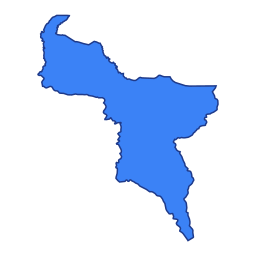 the district of Mercedes, Ocotepeque, Honduras
{"feature_id": "27666195B36872574747509", "entity_name": "Mercedes", "entity_type": "district", "adm_level": 2, "iso_a3": "HND", "parent_name": "Honduras", "parent_adm1": "Ocotepeque", "projection": "mercator", "projection_center": [-89.033, 14.309], "detail": "fine", "context": "isolated", "style": "filled", "palette": "blue", "viewbox_px": 256, "rotation_deg": 0, "n_neighbors": 0, "source": "geoboundaries", "source_scale": "gbopen_adm2", "svg_char_len": 5721}
<svg xmlns="http://www.w3.org/2000/svg" viewBox="0 0 256 256"><path d="M216.1,85.9L189.7,86.1L185.4,85.7L175.3,82.5L173.0,81.0L171.2,79.0L170.0,76.8L164.4,76.8L162.8,76.4L160.0,75.3L158.8,75.4L156.4,77.5L154.2,78.4L142.0,77.9L140.2,77.4L139.2,77.8L138.1,78.6L137.7,79.1L135.7,80.4L133.9,80.5L131.1,79.8L129.3,79.0L128.7,79.0L127.8,79.3L127.1,79.2L126.3,78.1L125.1,77.9L123.3,75.9L123.4,73.5L121.2,73.8L120.5,72.9L119.6,72.3L119.2,72.4L118.8,72.8L118.5,72.7L117.5,69.8L116.7,69.0L116.8,68.2L116.5,68.0L116.0,68.1L115.8,67.9L116.0,67.5L116.6,67.6L117.0,67.4L117.1,66.6L116.8,66.3L116.2,66.4L115.9,65.6L115.0,65.1L114.9,64.7L115.2,64.0L115.1,63.7L114.1,63.3L113.5,62.3L113.1,62.4L112.8,62.9L112.3,63.0L111.4,62.8L110.4,62.3L109.2,61.2L108.7,60.2L108.8,59.6L109.6,59.5L109.7,59.0L108.6,58.4L108.2,57.5L107.9,57.2L107.4,57.3L107.1,58.0L106.6,58.1L106.3,57.7L105.8,56.4L104.2,55.3L102.9,51.9L103.1,50.6L102.3,49.6L102.6,48.3L101.9,47.6L102.3,46.8L101.5,45.9L100.1,43.2L99.0,43.2L96.6,42.0L94.2,41.4L88.9,44.7L88.3,44.7L83.5,43.6L78.7,42.1L76.7,41.7L75.1,41.7L65.0,35.3L63.8,35.3L62.5,34.9L61.4,35.2L58.2,34.8L57.4,34.6L56.6,33.9L55.9,33.7L55.7,33.3L55.8,33.0L56.8,32.1L56.8,31.6L56.6,30.7L57.2,30.0L57.4,29.3L57.4,28.8L57.0,28.1L57.0,27.7L57.2,27.4L57.9,27.2L58.2,26.9L58.1,26.4L57.5,26.0L57.6,25.6L60.5,24.1L60.6,23.8L60.4,23.4L60.6,23.1L62.5,22.7L63.0,21.8L64.5,21.1L65.1,20.5L66.0,20.2L67.5,18.6L67.8,17.4L68.4,17.0L68.6,16.4L69.1,16.2L69.3,15.6L66.9,15.4L56.7,15.4L54.9,16.5L52.7,17.3L51.4,18.6L50.4,20.1L49.4,20.9L49.1,22.0L48.6,22.3L48.2,23.3L47.0,23.7L45.6,25.5L43.7,29.9L44.2,31.2L44.0,31.9L43.4,32.4L43.0,32.5L42.6,32.3L42.3,31.6L41.8,31.6L41.5,32.0L41.4,33.1L40.6,34.0L41.0,35.0L40.7,36.4L40.8,37.5L41.1,37.9L42.2,38.3L42.7,39.2L42.6,39.7L42.0,40.3L42.0,40.8L42.5,41.2L43.6,41.1L44.1,41.7L44.0,42.4L43.3,43.5L43.8,46.6L43.3,47.4L43.6,47.8L44.5,47.7L44.7,48.2L44.5,48.6L43.6,48.7L43.4,49.1L43.4,50.2L44.0,51.7L44.2,52.7L43.8,55.8L44.1,57.3L43.7,58.1L43.8,58.5L44.7,59.0L44.9,60.6L45.7,61.4L45.9,61.9L45.7,62.9L45.0,64.1L45.0,64.5L45.4,65.0L45.4,65.4L45.0,65.8L43.9,66.0L43.0,66.8L42.9,67.3L43.1,68.1L43.0,68.9L42.1,70.5L41.8,71.5L41.4,71.8L40.6,71.7L39.7,72.1L39.5,72.4L39.3,73.1L38.5,73.6L38.0,74.3L38.1,74.8L39.1,75.4L41.1,75.4L44.0,78.2L43.8,79.3L42.6,80.7L41.8,82.1L42.6,86.3L43.8,86.4L45.3,87.6L46.2,87.9L47.3,87.6L49.8,86.5L50.9,86.4L52.2,87.2L53.5,89.5L54.2,90.2L55.3,90.8L56.6,90.8L57.7,91.1L59.5,93.0L60.5,93.2L63.7,93.4L67.9,94.8L71.7,94.9L75.5,94.0L77.7,94.5L82.4,94.5L84.8,94.7L86.7,94.5L87.8,94.8L88.6,95.5L92.6,96.1L96.3,97.3L97.5,97.1L98.6,97.8L102.4,97.7L104.1,98.7L104.7,99.6L104.8,100.6L104.3,102.0L103.7,102.6L103.6,102.9L104.6,103.8L105.5,105.2L105.9,106.1L106.1,106.9L105.4,108.6L103.7,110.9L103.4,112.2L103.7,112.9L104.4,113.6L106.2,114.5L106.9,115.6L105.9,117.7L104.9,119.0L104.9,119.5L106.4,119.6L109.5,119.0L110.0,118.7L110.4,117.9L110.8,117.8L112.9,120.8L114.3,120.8L115.5,121.7L115.7,122.1L115.6,122.5L114.6,123.2L114.7,123.6L114.9,123.9L115.6,123.8L117.7,122.7L120.7,122.5L121.0,122.8L120.9,123.2L120.3,123.4L120.1,123.8L120.8,125.5L121.2,127.1L120.9,129.5L120.9,131.4L120.6,131.9L119.1,132.5L117.9,133.8L120.0,136.5L117.9,139.6L118.2,140.2L119.3,140.4L119.5,141.0L118.5,142.1L116.8,143.2L116.5,143.6L116.8,144.2L117.9,144.3L118.6,144.7L121.1,149.6L121.4,151.0L121.2,152.3L120.9,153.0L120.1,153.2L119.9,153.5L121.2,155.6L121.6,156.8L120.9,158.6L119.4,159.4L118.7,160.1L118.6,160.8L118.8,161.9L118.6,162.6L117.9,162.8L116.7,162.4L116.4,162.6L116.2,163.0L116.1,163.6L116.6,165.3L116.4,166.0L115.9,166.9L115.9,167.4L116.2,167.9L117.3,168.3L117.4,169.7L117.2,173.3L116.1,177.1L116.0,178.4L118.0,180.7L119.6,182.0L124.8,181.4L125.3,181.1L125.9,180.3L126.5,180.0L127.1,180.2L127.8,181.1L128.6,181.3L129.3,180.9L129.9,180.0L130.7,179.9L131.9,180.9L133.9,181.8L135.7,183.1L137.8,183.9L139.9,186.1L146.4,189.4L149.6,191.7L151.5,191.7L152.5,191.9L155.1,193.5L156.7,195.4L157.6,195.8L159.8,196.1L160.7,196.6L162.5,199.0L163.4,201.2L164.9,203.5L166.0,209.0L166.7,210.6L169.2,213.8L170.2,213.9L172.3,213.5L172.7,213.7L173.6,216.3L173.5,217.1L173.1,218.2L173.2,218.6L174.0,218.9L176.7,219.2L177.8,219.9L177.8,220.9L176.5,222.8L176.4,223.7L177.0,224.8L179.6,226.8L180.3,227.8L180.5,228.7L179.8,230.6L179.8,231.1L182.1,232.6L183.2,233.7L187.4,239.6L188.0,240.6L192.9,237.7L193.4,237.2L193.4,236.5L192.8,232.6L192.9,230.4L192.5,229.3L189.4,225.8L189.9,223.4L189.9,221.6L189.4,219.0L187.9,215.3L188.0,212.9L187.9,212.7L186.7,212.3L186.2,211.6L186.8,207.8L186.3,203.2L185.9,202.2L184.1,199.8L183.9,199.0L184.2,198.4L185.6,197.3L188.0,193.5L188.1,192.4L187.7,189.9L188.4,188.7L188.8,186.6L189.4,185.8L191.3,184.3L192.3,183.1L193.0,181.4L193.7,180.5L193.7,179.5L193.2,178.1L191.8,176.7L191.8,175.4L191.4,173.4L190.7,171.7L189.9,171.1L187.8,170.8L187.3,170.4L187.3,170.1L187.9,169.0L187.9,168.6L185.8,166.7L185.1,165.8L184.7,163.5L183.2,160.5L181.8,156.6L179.7,153.4L179.7,152.9L180.2,151.8L179.8,151.5L179.2,151.6L178.4,151.3L176.6,150.0L175.7,148.2L175.0,147.4L175.8,145.3L175.7,144.3L175.3,143.7L173.6,142.5L173.4,141.8L173.9,141.0L174.0,140.6L174.6,139.4L175.4,139.7L175.9,139.5L177.9,137.7L178.4,137.7L179.6,138.1L181.6,137.5L183.1,137.8L184.7,137.8L188.0,137.3L189.6,136.6L192.3,135.0L193.6,132.9L194.9,132.0L195.2,131.3L196.3,130.5L197.1,129.2L198.9,128.6L199.1,127.6L200.1,126.4L202.2,125.7L205.0,125.4L205.4,125.2L205.8,123.8L206.6,122.7L206.7,121.9L205.8,120.1L204.6,119.7L204.5,118.6L204.7,118.0L205.0,117.5L206.5,117.2L206.5,116.6L206.1,115.3L206.2,114.9L207.2,114.2L210.2,113.9L211.1,113.2L213.7,112.1L216.6,110.1L217.1,109.5L217.0,107.2L218.0,104.3L217.8,100.6L217.1,99.4L215.3,98.5L214.9,98.1L214.5,95.8L212.4,91.8L215.4,87.9L216.1,85.9Z" fill="#3b82f6" stroke="#1e3a8a" stroke-width="1.5"/></svg>